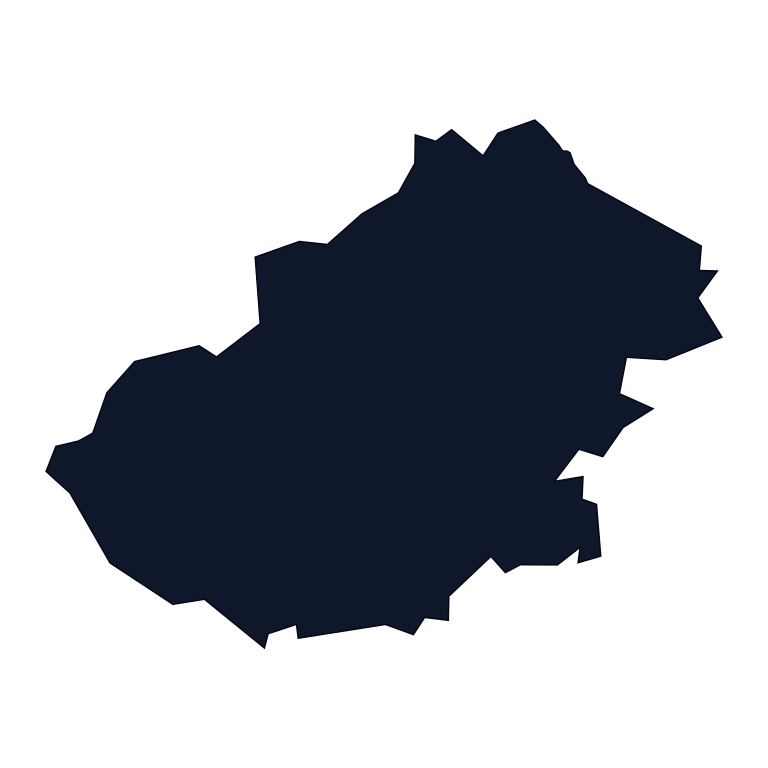 Yancey, North Carolina, United States of America (Albers equal-area conic projection), rotated 90°
{"feature_id": "52423323B67190379796857", "entity_name": "Yancey", "entity_type": "district", "adm_level": 2, "iso_a3": "USA", "parent_name": "United States of America", "parent_adm1": "North Carolina", "projection": "albers", "projection_center": [-82.318, 35.892], "detail": "fine", "context": "isolated", "style": "filled", "palette": "ink", "viewbox_px": 768, "rotation_deg": 90, "n_neighbors": 0, "source": "geoboundaries", "source_scale": "gbopen_adm2", "svg_char_len": 1041}
<svg xmlns="http://www.w3.org/2000/svg" viewBox="0 0 768 768"><g transform="rotate(90 384 384)"><path d="M257.1,512.8L323.6,507.8L357.0,551.5L345.8,568.9L361.6,633.4L392.8,661.1L433.1,675.2L440.4,688.3L440.6,688.9L441.1,689.7L446.4,712.1L471.4,721.9L492.9,698.1L563.0,657.9L603.4,596.5L603.7,596.2L604.0,595.8L604.2,595.4L604.3,595.2L599.2,563.6L648.0,503.6L633.7,499.9L624.3,471.5L638.2,469.8L624.4,382.7L634.6,354.6L617.4,343.4L620.3,319.7L596.2,319.2L556.4,277.1L572.6,262.6L564.7,247.7L564.9,210.6L547.2,187.9L562.7,189.9L556.1,167.3L504.4,171.5L499.2,186.0L476.6,185.0L481.4,213.7L449.2,189.2L456.6,165.2L427.5,145.0L408.7,115.0L393.7,148.6L357.2,141.6L359.7,102.0L337.1,46.1L297.9,70.3L271.0,50.7L270.5,68.7L246.1,66.7L183.6,180.5L178.1,182.7L164.4,193.9L152.9,197.9L151.2,200.6L151.0,204.9L149.5,206.6L145.7,208.8L127.5,224.6L120.1,233.2L133.1,270.0L155.9,284.9L129.7,316.4L141.3,332.1L135.0,352.7L163.3,353.1L192.9,369.6L213.7,405.8L244.5,440.6L241.5,468.7L257.1,512.8Z" fill="#0f172a" stroke="#020617" stroke-width="1.5"/></g></svg>